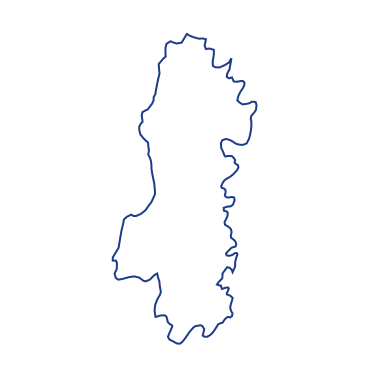 Voranava, Grodno, Belarus, rotated 301°
{"feature_id": "67162791B43104058935452", "entity_name": "Voranava", "entity_type": "district", "adm_level": 2, "iso_a3": "BLR", "parent_name": "Belarus", "parent_adm1": "Grodno", "projection": "natural_earth1", "projection_center": [25.132, 54.061], "detail": "fine", "context": "isolated", "style": "outline", "palette": "blue", "viewbox_px": 384, "rotation_deg": 301, "n_neighbors": 0, "source": "geoboundaries", "source_scale": "gbopen_adm2", "svg_char_len": 3543}
<svg xmlns="http://www.w3.org/2000/svg" viewBox="0 0 384 384"><g transform="rotate(301 192 192)"><path d="M327.0,156.9L322.1,157.0L317.9,154.9L313.1,151.6L310.9,147.8L310.9,145.0L313.7,142.9L320.9,140.0L325.1,137.5L324.0,133.1L321.7,130.3L324.0,127.4L330.1,125.3L329.3,122.4L327.0,119.0L325.6,114.2L324.8,109.8L324.8,106.2L318.1,106.2L314.7,106.2L311.3,102.2L310.5,98.9L310.2,96.1L306.0,93.8L301.8,95.1L298.5,97.0L294.5,99.7L291.2,98.6L284.5,97.6L280.6,100.3L276.9,103.1L269.7,105.4L261.6,108.3L257.0,110.2L253.6,110.3L250.7,111.9L247.0,112.3L240.0,111.5L237.3,109.7L234.8,108.4L231.8,109.4L228.5,112.1L226.7,113.5L224.4,112.9L220.8,113.1L217.8,115.0L214.7,118.2L213.3,121.9L212.4,125.2L211.7,128.9L208.8,130.9L205.6,133.6L201.5,135.2L199.9,137.9L197.9,140.4L194.7,143.0L190.8,145.5L187.2,148.5L179.7,155.4L173.4,160.0L171.0,161.4L162.4,162.4L156.9,161.8L152.6,161.6L146.9,159.5L142.6,156.4L141.3,154.2L141.3,151.6L137.2,148.9L133.3,147.8L129.5,149.3L123.0,151.3L115.2,154.3L106.4,157.8L100.1,157.8L95.1,157.8L92.4,159.4L94.0,162.2L92.4,164.3L87.2,167.2L82.3,167.6L79.1,170.9L78.9,174.0L81.6,177.1L86.6,181.9L89.8,185.8L91.4,190.6L90.9,196.1L91.6,198.4L95.2,201.0L101.3,202.5L104.2,204.1L101.1,207.1L98.4,210.2L94.6,213.0L90.3,216.8L87.1,217.5L82.4,217.5L76.3,218.6L71.1,221.0L66.3,224.8L66.1,225.1L70.2,228.9L72.2,232.2L72.1,234.1L70.7,235.7L68.1,238.2L67.4,240.6L67.5,243.2L66.7,244.3L62.4,245.0L59.2,245.3L55.4,246.0L53.9,248.8L54.2,252.6L54.4,257.2L56.0,260.0L59.5,261.1L64.5,261.6L70.5,261.9L76.2,262.9L78.8,264.0L82.3,268.1L82.3,270.2L80.7,273.2L77.8,274.1L74.5,275.1L74.3,276.8L75.5,279.4L78.6,281.2L81.6,282.1L86.0,282.5L88.0,282.5L92.0,282.6L93.8,283.7L95.8,285.5L99.6,285.7L102.3,286.4L103.5,287.1L104.1,289.3L106.3,290.2L108.8,289.3L110.0,287.0L111.7,285.0L113.8,283.7L117.8,282.6L120.2,282.1L120.6,281.9L122.2,281.3L122.8,278.3L122.5,276.4L122.2,274.6L123.3,273.9L125.3,273.8L128.3,273.2L128.7,272.1L127.5,270.3L126.2,269.2L124.3,267.6L125.3,266.4L126.7,265.0L125.9,263.4L125.5,261.0L129.4,261.4L133.5,262.4L135.5,261.5L137.9,260.1L142.9,260.6L145.7,260.9L146.4,263.5L145.7,266.2L144.2,268.1L147.7,267.7L150.7,267.2L153.5,265.4L155.4,264.7L159.4,263.5L161.7,263.2L162.7,262.0L162.0,260.5L158.7,258.9L156.4,256.7L155.5,254.3L156.9,252.8L159.5,253.3L164.4,254.5L166.0,255.8L167.7,257.4L169.9,256.9L171.5,255.3L172.4,253.4L172.7,251.1L173.0,248.8L174.7,247.7L178.0,246.6L180.1,244.7L180.8,242.6L181.0,239.5L180.9,237.3L182.9,235.4L186.0,235.2L189.2,234.9L192.0,233.8L193.2,232.3L192.9,230.8L192.4,229.0L194.7,227.3L197.9,230.0L199.4,232.4L202.0,233.6L207.0,232.8L209.0,230.8L208.0,228.3L205.9,226.1L205.2,223.5L206.0,221.9L208.7,221.1L210.9,219.8L211.5,217.5L210.9,215.6L211.8,214.1L215.7,213.6L218.8,213.8L221.2,214.8L224.3,216.7L228.5,218.2L233.3,219.3L236.8,219.2L238.7,217.6L238.7,215.3L239.0,213.4L241.6,212.5L242.6,210.5L243.3,207.9L242.4,205.8L241.1,203.9L239.6,202.3L240.5,200.3L241.8,198.8L243.3,196.7L244.7,194.5L248.5,191.7L252.0,191.3L255.0,193.8L255.9,197.0L256.3,200.8L256.0,203.6L256.2,205.7L257.3,209.0L258.8,211.5L261.8,213.8L266.8,213.5L270.5,212.5L273.0,211.5L275.3,210.7L278.6,209.2L281.3,207.6L283.2,206.4L284.7,204.9L287.6,203.6L291.7,204.3L295.0,204.6L295.8,204.3L299.7,202.6L301.8,200.3L300.5,197.0L297.3,195.2L295.5,193.2L293.2,190.3L293.2,186.8L293.9,183.6L298.1,182.3L302.8,181.9L306.7,182.1L310.1,181.9L312.7,180.7L313.4,178.7L312.1,176.4L309.8,174.0L308.2,170.9L309.8,168.6L310.8,167.2L308.5,165.2L308.6,162.5L311.5,161.2L316.4,161.0L327.0,156.9Z" fill="none" stroke="#1e3a8a" stroke-width="2"/></g></svg>